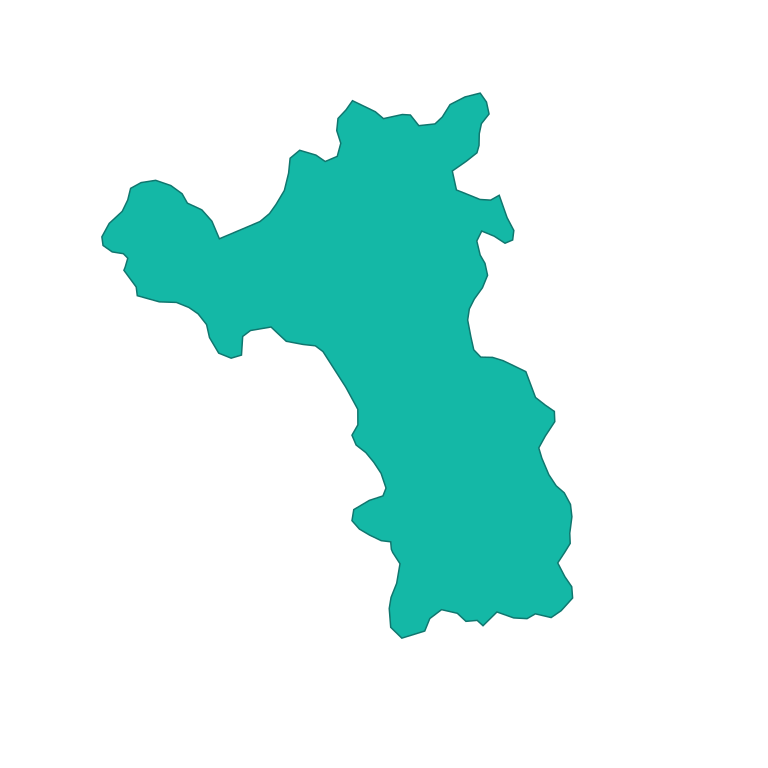 Jecheon-si, North Chungcheong, South Korea, rotated 337°
{"feature_id": "91817680B41858032192319", "entity_name": "Jecheon-si", "entity_type": "district", "adm_level": 2, "iso_a3": "KOR", "parent_name": "South Korea", "parent_adm1": "North Chungcheong", "projection": "mercator", "projection_center": [128.142, 37.027], "detail": "fine", "context": "isolated", "style": "filled", "palette": "teal", "viewbox_px": 768, "rotation_deg": 337, "n_neighbors": 0, "source": "geoboundaries", "source_scale": "gbopen_adm2", "svg_char_len": 2043}
<svg xmlns="http://www.w3.org/2000/svg" viewBox="0 0 768 768"><g transform="rotate(337 384 384)"><path d="M191.4,206.3L209.3,220.6L224.8,227.8L234.3,237.3L240.3,246.8L243.9,260.0L241.5,273.1L243.9,291.0L253.4,300.5L264.1,301.7L272.5,285.0L282.0,282.6L302.3,287.4L305.9,295.7L310.7,306.5L325.0,316.0L335.7,322.0L340.5,330.3L347.6,372.1L350.0,397.1L344.0,411.4L334.5,418.6L334.5,429.3L340.5,440.1L344.0,452.0L346.4,465.1L345.2,480.6L339.3,486.6L325.0,485.4L307.1,487.8L301.1,497.3L304.7,508.0L311.8,517.6L320.2,527.1L328.5,531.9L326.2,539.0L326.2,542.6L328.5,555.7L317.8,572.4L307.1,583.2L301.1,592.7L295.1,610.6L301.1,624.9L325.0,627.3L334.5,617.8L348.8,614.2L361.9,623.7L366.7,634.5L377.4,638.0L380.7,645.2L398.9,638.0L412.0,650.0L424.0,655.9L433.5,654.7L446.6,664.3L458.5,661.9L474.0,654.7L477.6,644.0L475.2,632.1L474.0,616.6L484.8,609.4L493.1,603.5L496.7,593.9L499.5,589.2L505.1,579.6L508.6,567.7L507.4,554.6L502.7,545.0L500.3,531.9L500.3,514.0L501.5,503.3L512.2,494.9L526.5,485.4L530.1,475.8L524.1,466.3L518.2,455.6L519.4,428.1L512.2,419.8L502.7,409.0L494.3,401.9L483.6,397.1L480.0,387.6L482.4,374.5L486.0,357.8L491.9,348.2L500.3,341.1L512.2,333.9L521.8,324.4L524.1,312.4L522.9,302.9L525.3,288.6L533.7,281.4L543.2,291.0L550.4,301.7L558.7,301.7L563.5,293.4L562.3,279.0L563.8,255.3L554.0,256.4L544.4,251.6L538.5,245.6L526.5,233.7L530.1,214.6L546.8,211.1L559.9,207.5L564.7,201.5L569.5,190.8L575.4,182.4L586.2,176.5L588.5,164.5L586.2,153.8L570.7,151.4L554.0,152.6L542.0,161.0L532.5,164.5L517.0,159.8L513.4,146.7L506.2,143.1L487.2,139.5L482.4,130.0L465.7,110.9L456.2,116.8L445.4,121.6L439.5,132.3L438.3,145.5L429.9,156.2L416.8,156.2L410.8,146.7L397.7,135.9L385.8,139.5L378.6,152.6L367.9,166.9L354.8,176.5L345.2,182.4L333.3,186.0L289.2,186.0L289.2,166.9L284.4,152.6L273.7,140.7L272.5,130.0L265.3,118.0L253.4,107.3L239.1,103.7L227.2,104.9L220.0,114.5L210.5,122.8L193.8,128.8L181.8,138.3L179.5,146.7L185.4,156.2L195.0,162.2L197.3,168.1L191.4,175.3L189.0,177.7L193.8,197.9L191.4,206.3Z" fill="#14b8a6" stroke="#0f766e" stroke-width="1.5"/></g></svg>